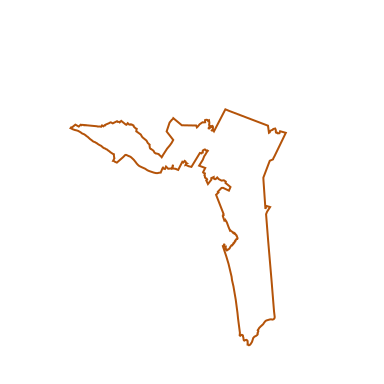 outline of Saulkrastu pag., Saulkrastu, Latvia, rotated 302°
{"feature_id": "27541924B726637782325", "entity_name": "Saulkrastu pag.", "entity_type": "district", "adm_level": 2, "iso_a3": "LVA", "parent_name": "Latvia", "parent_adm1": "Saulkrastu", "projection": "equal_earth", "projection_center": [24.412, 57.267], "detail": "fine", "context": "isolated", "style": "outline", "palette": "amber", "viewbox_px": 384, "rotation_deg": 302, "n_neighbors": 0, "source": "geoboundaries", "source_scale": "gbopen_adm2", "svg_char_len": 5925}
<svg xmlns="http://www.w3.org/2000/svg" viewBox="0 0 384 384"><g transform="rotate(302 192 192)"><path d="M191.9,155.2L192.3,155.1L196.5,154.4L197.3,154.5L196.8,155.8L197.2,156.9L199.8,156.5L199.1,159.5L201.1,162.1L201.3,162.0L202.1,162.1L202.2,162.4L204.3,161.6L205.0,161.5L204.5,161.8L201.5,163.0L202.0,163.4L202.0,163.6L202.3,164.4L202.9,165.6L203.0,166.0L202.9,166.0L203.4,168.6L212.5,167.8L212.4,169.0L214.5,169.3L214.4,170.4L213.8,171.0L213.6,171.8L213.6,172.2L213.4,172.0L213.2,172.1L212.8,172.2L212.6,172.1L212.2,172.3L211.8,172.1L211.4,172.2L211.7,172.5L211.8,172.9L211.8,173.2L212.1,175.6L213.0,178.2L229.3,178.0L229.8,179.6L230.7,179.6L231.2,180.2L232.9,179.2L234.3,179.9L234.6,180.3L234.8,180.3L235.0,180.7L234.5,182.3L235.3,182.8L235.3,183.6L233.3,183.4L230.7,183.5L228.9,183.4L227.2,183.7L225.0,184.1L218.1,184.1L219.4,190.5L214.6,190.9L214.4,191.3L214.4,191.9L214.6,193.1L212.6,193.8L212.5,194.4L211.3,195.2L211.0,195.8L211.1,197.4L210.5,198.3L209.4,197.9L207.2,201.3L210.2,201.6L212.6,201.9L214.0,201.0L216.1,202.4L215.3,202.8L214.9,203.1L214.9,203.3L215.2,203.6L215.2,203.8L215.2,204.1L215.0,204.5L215.4,205.2L217.7,205.7L217.1,207.7L217.3,211.0L218.8,212.8L218.7,215.2L217.4,215.6L216.9,219.9L216.6,222.0L212.7,222.6L212.0,216.2L211.1,214.9L206.0,213.8L205.8,213.8L205.6,214.7L202.4,213.9L190.1,230.4L189.6,230.3L189.1,231.1L188.0,230.8L185.0,234.5L186.1,234.9L185.7,235.5L185.6,235.8L185.3,235.9L185.3,236.6L184.5,237.9L181.7,241.5L179.5,244.6L179.9,244.7L179.6,245.7L179.5,249.6L179.1,249.4L179.1,250.3L179.5,250.3L179.4,250.5L179.4,250.9L178.8,252.3L178.9,252.5L178.3,253.5L178.0,253.6L177.9,253.9L177.1,255.0L176.8,255.2L176.1,255.3L175.6,254.8L175.5,254.6L174.4,254.6L174.0,254.4L173.4,254.4L173.4,254.6L173.4,254.8L173.0,254.9L172.3,254.6L171.3,254.8L170.9,254.7L170.9,254.3L170.6,254.2L170.0,254.3L169.7,254.6L169.2,254.5L168.9,254.3L168.0,254.4L167.8,254.1L168.0,254.0L167.9,253.8L167.6,253.7L165.3,253.6L165.0,253.7L163.7,253.7L162.5,253.2L162.1,253.0L161.3,252.8L160.9,252.4L161.1,252.1L161.4,252.0L161.7,251.6L161.6,251.1L161.4,251.0L161.5,250.7L162.3,250.2L163.3,249.7L163.0,249.5L163.2,249.2L163.1,248.3L163.5,248.2L163.9,247.7L164.4,247.6L164.6,247.3L164.4,247.0L163.8,247.2L163.3,247.2L162.5,246.8L155.4,255.4L150.3,261.2L141.1,270.5L138.5,272.6L136.2,274.9L134.0,277.1L123.8,286.2L113.6,294.6L109.1,298.1L97.9,307.3L95.7,308.4L95.6,309.1L97.1,309.7L97.3,310.1L97.4,310.9L97.2,311.3L96.4,311.9L95.8,312.7L94.5,313.7L93.8,314.4L93.7,314.7L93.7,315.1L94.7,315.7L95.4,316.4L95.5,316.7L95.4,317.3L95.3,317.8L95.1,318.0L94.8,318.3L94.6,318.3L94.4,318.6L92.7,319.6L92.9,319.7L92.1,320.3L92.1,321.3L92.5,321.8L93.1,322.1L94.1,322.3L96.7,322.3L100.7,321.3L102.4,321.6L103.8,322.5L105.4,323.1L105.9,323.1L106.5,323.0L106.6,322.7L107.0,322.3L107.7,322.3L109.1,322.0L109.5,321.4L110.3,321.2L110.2,321.0L110.3,321.0L111.7,321.1L112.5,321.0L113.8,321.4L114.3,321.4L116.0,322.0L116.5,322.0L116.8,322.2L117.7,322.4L119.3,322.4L121.0,322.6L121.8,322.8L122.5,323.2L125.2,325.6L125.9,326.5L126.4,327.8L126.9,328.3L127.5,328.7L128.8,328.8L129.8,328.4L134.4,324.7L158.5,306.8L191.3,282.2L212.4,266.6L215.1,266.1L220.6,266.2L219.6,262.6L216.6,263.2L239.8,246.4L242.0,244.9L259.7,241.4L262.6,243.4L264.1,243.1L266.0,243.0L291.9,240.2L290.2,234.5L288.2,235.0L287.2,233.7L287.5,232.9L286.9,232.2L286.9,231.9L287.0,231.6L287.8,231.0L288.0,230.7L288.8,230.4L289.3,229.8L289.9,228.9L288.5,227.5L287.5,227.5L286.7,226.8L285.5,226.1L284.7,225.8L284.3,226.2L283.8,226.3L283.0,225.9L288.5,221.3L280.5,180.8L279.8,176.5L255.1,178.5L255.3,178.1L255.4,177.3L254.7,176.5L254.7,176.2L256.4,176.4L256.8,176.2L257.0,176.0L257.5,175.8L258.5,175.1L258.8,174.6L258.8,174.3L258.8,174.2L258.5,174.1L257.5,174.2L257.4,174.1L257.8,173.6L257.9,173.1L257.6,172.9L257.0,172.8L256.3,173.1L255.3,173.2L255.0,173.0L254.9,172.8L254.8,172.4L255.1,172.2L256.6,172.2L257.2,172.0L257.6,171.8L257.8,171.5L257.9,170.9L259.3,170.4L260.1,169.9L261.8,168.4L260.9,167.9L261.2,167.6L261.3,167.0L261.0,166.1L260.8,165.9L260.6,165.6L260.4,165.6L259.8,165.0L258.1,166.2L257.1,164.9L256.8,164.1L256.3,163.8L253.5,162.6L250.5,162.2L249.4,161.9L250.6,160.3L243.2,148.0L244.7,137.0L243.9,137.1L242.3,136.6L239.0,136.2L229.9,138.4L229.3,140.0L226.2,148.5L223.0,148.7L219.7,148.5L215.5,147.9L207.4,147.8L207.1,147.9L205.4,147.9L205.7,147.0L205.8,146.8L206.1,144.6L206.5,143.7L205.8,141.4L205.5,141.0L205.5,139.4L206.6,137.4L206.8,134.5L206.6,134.1L206.8,133.4L207.1,132.9L208.8,131.4L209.7,131.0L210.1,128.6L211.5,126.1L212.1,121.3L212.4,120.3L213.6,118.1L213.9,113.4L213.9,112.6L216.3,111.6L216.1,110.6L216.5,108.4L217.0,107.4L217.4,107.2L217.4,106.1L217.2,105.7L217.3,105.3L217.1,104.5L216.8,104.6L215.9,103.1L216.0,102.8L216.3,101.0L214.3,100.8L214.1,100.1L214.8,94.3L212.8,93.8L213.0,93.3L212.1,91.9L212.3,90.9L210.0,89.5L209.8,89.3L208.9,88.9L208.2,88.4L208.1,86.5L207.8,85.9L206.4,85.2L203.6,83.2L202.5,83.0L202.5,82.6L200.7,82.0L200.8,80.4L199.2,80.3L199.2,80.2L198.4,78.6L197.6,77.5L197.6,77.2L197.2,76.2L193.0,67.8L191.9,65.9L192.1,65.9L190.6,63.0L190.1,62.9L190.0,61.9L187.5,61.3L187.3,57.4L183.5,56.1L182.7,55.2L181.8,55.2L181.9,55.6L181.9,56.0L182.0,57.4L182.4,59.4L182.7,60.4L183.1,61.5L183.5,63.2L183.6,65.9L183.4,67.7L183.8,70.0L183.7,72.1L183.5,72.7L183.5,74.4L183.3,75.2L182.9,77.4L182.8,78.4L182.8,79.2L182.5,81.1L182.6,82.2L182.9,83.6L182.8,84.2L183.0,85.2L182.8,86.2L182.8,88.5L183.0,90.7L182.7,92.0L182.6,93.2L182.5,93.4L182.6,94.4L182.8,94.8L182.8,96.5L183.0,97.6L182.8,98.4L182.7,100.7L182.5,101.5L182.4,104.7L182.6,105.8L182.0,106.1L179.4,108.2L179.4,108.3L176.7,108.6L176.9,108.9L176.8,110.6L177.1,112.7L185.0,115.1L188.1,115.8L188.6,116.6L188.8,118.2L188.9,119.3L189.0,119.4L189.2,120.6L189.2,121.9L188.5,125.5L187.3,128.9L186.9,129.8L186.7,130.5L186.3,132.0L186.1,133.5L186.4,136.3L186.9,139.8L186.8,142.7L187.1,144.7L188.2,149.3L188.9,151.3L189.6,152.6L191.0,154.0L191.9,155.2Z" fill="none" stroke="#b45309" stroke-width="2"/></g></svg>